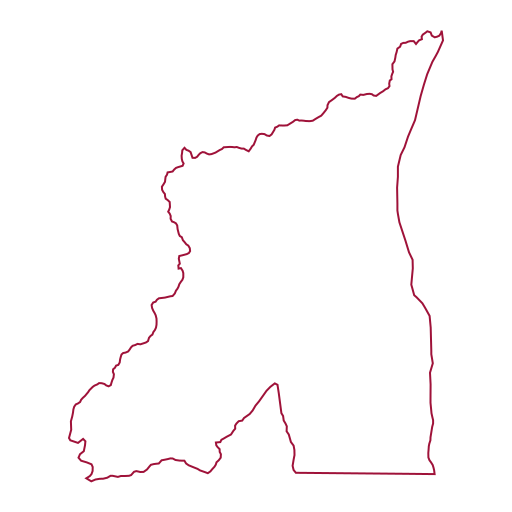 outline of Tucuruí, Pará, Brazil
{"feature_id": "56859067B45116319118579", "entity_name": "Tucuruí", "entity_type": "district", "adm_level": 2, "iso_a3": "BRA", "parent_name": "Brazil", "parent_adm1": "Pará", "projection": "robinson", "projection_center": [-49.877, -3.798], "detail": "fine", "context": "isolated", "style": "outline", "palette": "rose", "viewbox_px": 512, "rotation_deg": 0, "n_neighbors": 0, "source": "geoboundaries", "source_scale": "gbopen_adm2", "svg_char_len": 5099}
<svg xmlns="http://www.w3.org/2000/svg" viewBox="0 0 512 512"><path d="M184.5,147.8L182.3,150.3L182.1,152.8L181.6,155.7L181.8,158.9L182.4,161.4L183.6,163.5L182.6,165.8L177.9,167.2L176.0,167.9L174.1,169.6L172.6,171.5L170.0,172.0L167.6,172.4L167.0,174.7L165.6,176.8L165.3,179.1L165.0,181.8L163.4,184.5L161.9,186.7L162.1,189.8L163.3,192.0L164.9,194.0L165.1,196.5L165.7,198.7L167.6,200.0L169.7,202.0L170.0,207.1L169.2,209.6L168.2,211.7L169.7,213.6L170.7,216.0L170.6,218.8L172.0,221.5L174.0,222.2L175.9,223.3L177.2,225.4L177.6,229.1L178.8,233.9L179.8,236.0L181.8,237.2L182.9,240.2L184.5,242.0L186.3,244.3L188.3,245.6L189.8,248.2L190.1,251.1L188.9,253.0L186.8,254.1L182.3,255.3L179.3,256.0L178.8,258.7L179.8,263.7L178.3,265.4L178.6,268.6L180.9,268.1L182.6,270.7L183.3,273.1L183.3,277.3L182.4,279.8L180.8,281.9L179.3,284.2L178.5,286.7L177.4,288.8L176.0,290.6L174.8,293.5L172.6,296.0L170.3,296.3L164.9,297.6L158.9,298.3L156.9,299.8L155.6,301.7L153.2,302.5L151.6,305.0L152.1,308.0L153.2,310.6L154.6,313.0L155.7,315.3L156.5,318.6L156.6,321.7L156.5,324.8L156.0,327.6L154.9,330.0L153.4,332.0L152.4,334.6L150.6,335.9L149.0,337.8L148.0,341.1L145.9,342.5L143.2,343.4L140.4,344.3L137.5,343.9L135.3,345.0L132.6,345.8L131.0,347.4L129.6,349.6L128.1,351.5L125.5,352.6L123.2,353.0L121.5,354.5L120.7,357.1L120.1,359.4L119.7,362.5L118.3,364.9L116.1,365.6L114.9,367.8L113.1,369.3L112.9,371.9L113.9,374.2L113.5,377.6L112.4,379.9L111.5,382.6L110.8,385.1L108.6,386.3L106.2,385.4L104.5,384.0L101.7,383.2L99.1,383.1L97.3,384.4L94.5,385.6L92.7,386.9L91.1,388.5L89.4,390.2L88.1,392.2L85.0,395.9L82.8,397.9L81.1,399.8L80.1,402.0L77.9,403.5L75.8,404.4L74.2,406.7L73.4,409.4L73.0,412.6L72.2,416.6L70.9,421.3L71.2,429.8L69.0,438.0L70.3,440.3L78.0,442.9L83.1,438.9L85.4,441.3L85.0,445.3L83.8,451.2L80.0,454.2L78.5,457.7L81.1,460.7L86.8,462.4L91.5,464.3L92.7,467.0L92.6,471.0L91.5,474.1L89.8,476.1L86.3,478.3L91.3,481.3L95.5,479.5L99.7,478.8L103.2,478.7L107.3,477.7L110.5,475.8L112.6,475.8L117.9,476.9L120.9,476.0L124.9,476.0L129.0,475.8L131.1,475.1L134.0,471.8L136.3,471.1L138.2,471.5L140.2,472.0L143.6,471.9L147.0,469.5L149.5,466.4L150.9,464.8L153.7,464.1L155.8,463.8L158.8,463.5L161.6,460.3L164.8,459.7L167.7,459.1L170.4,458.4L172.7,458.5L175.5,460.0L179.7,460.6L184.4,460.7L186.1,463.5L188.7,465.3L192.6,466.9L197.6,468.9L200.0,470.4L204.9,472.1L207.8,473.2L210.4,471.4L212.2,469.2L214.5,466.7L215.8,464.6L216.5,462.3L218.7,460.3L220.7,457.7L220.9,454.2L219.7,451.9L219.6,449.1L217.6,447.1L216.3,445.3L215.9,442.5L220.3,442.1L221.4,439.8L223.6,438.6L226.6,436.8L231.0,434.5L233.4,430.8L235.2,428.7L235.1,425.6L236.4,423.6L238.7,421.2L242.2,420.6L244.0,418.0L249.7,414.0L252.7,410.4L255.5,405.6L259.0,401.4L262.9,395.9L266.5,390.8L270.4,386.8L274.8,383.4L277.5,384.8L278.8,393.4L281.4,413.2L283.1,416.0L283.7,420.5L285.5,423.5L286.8,426.3L286.6,431.3L288.8,434.5L290.9,442.0L293.6,445.6L294.4,450.0L294.5,455.1L293.7,459.2L292.6,465.8L293.6,470.0L295.9,472.8L406.0,473.8L434.6,474.1L434.1,470.1L433.5,467.6L432.7,465.0L431.0,462.3L429.5,460.3L428.4,457.5L428.3,453.0L428.6,449.4L428.8,446.3L429.3,443.7L430.4,440.3L430.5,437.3L432.2,426.8L433.1,423.5L433.1,420.2L432.3,416.9L431.5,413.3L431.2,410.0L430.5,402.8L430.5,398.7L430.6,384.5L430.0,372.7L432.8,363.3L431.3,354.2L431.3,351.0L430.7,327.6L429.9,319.0L429.6,315.9L425.2,308.0L422.4,303.3L416.5,297.2L414.2,295.2L411.3,284.6L412.8,268.4L412.6,259.8L409.0,252.3L405.5,240.8L399.4,222.3L397.9,213.9L397.4,210.5L397.4,206.2L397.4,203.7L397.1,187.6L397.9,176.8L397.9,166.7L400.7,155.0L404.5,147.3L408.0,136.7L410.8,130.0L415.0,120.2L420.7,95.9L423.9,84.7L427.2,74.2L432.4,61.8L435.7,56.0L437.9,51.9L443.0,40.4L441.7,30.7L441.0,33.1L439.3,35.7L437.1,36.7L434.7,37.3L431.8,35.6L430.6,32.4L427.3,31.3L425.4,32.8L422.8,34.6L421.6,36.6L421.9,39.2L419.1,40.3L417.5,42.1L416.0,44.0L413.7,41.1L410.3,41.1L408.0,41.7L405.7,42.8L403.3,42.9L401.1,43.9L400.1,46.7L397.4,48.6L396.6,52.1L395.7,55.0L395.3,57.8L394.5,61.4L392.4,64.2L392.5,69.4L393.1,71.8L392.2,73.9L391.4,76.3L391.5,79.3L389.8,80.5L389.2,83.7L389.5,86.1L388.0,88.2L385.5,89.3L383.0,91.3L380.3,92.9L376.2,95.9L373.6,95.5L371.9,94.2L369.7,93.8L366.9,94.0L363.4,94.9L360.3,94.6L358.8,96.2L356.8,97.1L354.8,98.7L351.4,98.6L348.6,97.9L345.8,96.9L342.7,96.4L341.3,94.2L339.0,94.6L336.9,95.9L334.8,97.9L332.0,100.0L329.0,102.1L327.5,105.2L327.4,107.7L325.7,110.3L323.3,113.3L321.2,115.7L318.6,117.1L315.4,119.0L312.8,120.7L310.2,121.1L308.1,121.1L305.7,121.0L303.7,120.7L301.3,120.5L299.3,120.6L297.3,119.7L295.1,120.1L293.0,121.8L287.3,125.3L284.6,125.5L281.9,125.5L279.1,125.4L277.3,126.7L275.1,127.6L274.4,129.8L271.6,134.4L269.5,136.0L266.8,135.5L264.5,134.1L261.8,133.8L259.6,134.1L257.7,135.6L256.5,137.5L255.6,140.2L253.7,144.8L252.0,146.4L250.7,148.6L248.7,151.3L245.9,149.9L243.8,148.6L241.7,148.6L239.1,147.9L236.8,147.0L234.5,147.3L232.1,147.0L229.7,146.9L223.7,147.3L222.0,149.0L219.8,150.0L215.5,152.6L211.5,154.1L209.1,154.4L206.9,153.6L204.7,152.4L202.5,152.1L200.3,153.2L198.7,154.8L197.1,156.8L195.1,157.9L192.5,157.8L190.6,152.1L188.6,150.7L186.4,149.9L184.5,147.8Z" fill="none" stroke="#9f1239" stroke-width="2"/></svg>